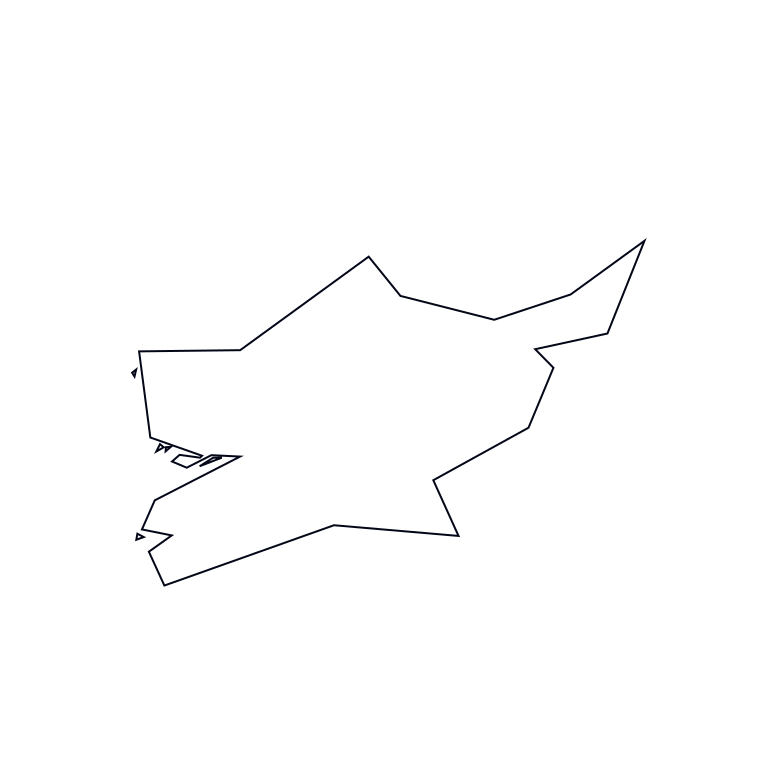 the State of Maranhão, rotated 235°
{"feature_id": "BRA-593", "entity_name": "Maranhão", "entity_type": "State", "adm_level": 1, "iso_a3": "BRA", "parent_name": "Brazil", "parent_adm1": "", "projection": "equal_earth", "projection_center": [-45.076, -5.686], "detail": "coarse", "context": "isolated", "style": "outline", "palette": "ink", "viewbox_px": 768, "rotation_deg": 235, "n_neighbors": 0, "source": "natural_earth", "source_scale": "10m", "svg_char_len": 740}
<svg xmlns="http://www.w3.org/2000/svg" viewBox="0 0 768 768"><g transform="rotate(235 384 384)"><path d="M344.9,88.5L381.5,95.2L381.7,123.3L403.7,102.3L420.2,129.5L407.1,224.5L424.7,201.8L428.6,174.4L442.1,165.9L443.2,175.9L429.2,191.0L429.6,193.8L474.2,161.9L551.2,202.1L494.2,285.6L497.1,444.5L446.7,448.0L373.4,511.1L350.3,588.2L351.9,679.5L297.2,596.0L325.8,527.8L300.1,532.1L265.3,477.3L276.9,369.2L216.8,357.9L297.0,262.0L344.9,88.5ZM422.4,185.8L421.6,201.7L416.7,208.9L422.4,185.8ZM459.3,158.8L463.2,166.0L458.5,167.3L459.3,158.8ZM398.5,91.8L402.8,96.1L396.4,99.4L398.5,91.8ZM537.7,184.1L538.0,189.3L533.2,183.9L537.7,184.1ZM454.8,173.3L454.1,166.5L457.3,169.1L454.8,173.3Z" fill="none" stroke="#020617" stroke-width="2"/></g></svg>